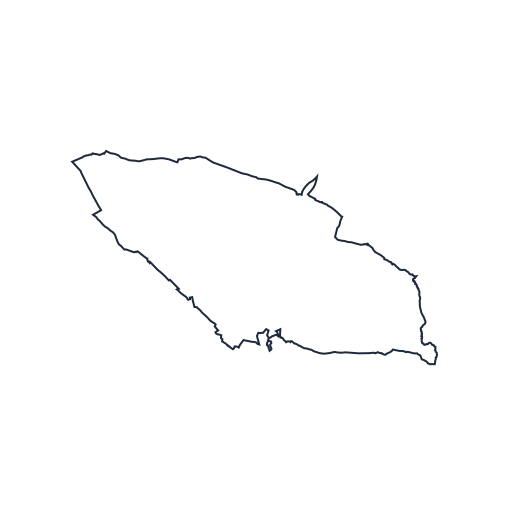 the district of "Nedre Eiker" nor, Buskerud, Norway, rotated 290°
{"feature_id": "86288312B66874291334067", "entity_name": "\"Nedre Eiker\" nor", "entity_type": "district", "adm_level": 2, "iso_a3": "NOR", "parent_name": "Norway", "parent_adm1": "Buskerud", "projection": "mercator", "projection_center": [10.023, 59.763], "detail": "fine", "context": "isolated", "style": "outline", "palette": "slate", "viewbox_px": 512, "rotation_deg": 290, "n_neighbors": 0, "source": "geoboundaries", "source_scale": "gbopen_adm2", "svg_char_len": 6100}
<svg xmlns="http://www.w3.org/2000/svg" viewBox="0 0 512 512"><g transform="rotate(290 256 256)"><path d="M281.7,51.0L276.0,62.0L274.2,63.6L262.9,75.4L260.5,78.4L257.1,81.9L249.5,90.5L246.1,94.8L239.0,88.8L237.9,92.6L236.1,95.3L235.6,97.1L234.8,98.3L233.9,100.1L233.3,101.0L232.0,104.0L231.3,107.4L230.0,110.8L229.4,113.3L229.0,114.1L227.7,116.2L224.2,119.1L221.4,121.6L220.1,123.3L219.7,123.9L219.6,125.0L217.0,130.2L217.7,131.3L217.8,140.2L218.8,141.3L218.7,142.1L219.9,143.0L219.7,143.8L217.1,151.5L216.4,154.0L216.4,154.5L216.0,154.4L215.8,154.9L215.4,155.3L213.8,156.4L214.0,157.1L213.2,158.3L214.2,158.3L214.0,158.9L209.5,168.0L208.0,172.3L205.7,177.7L203.2,182.5L204.2,183.3L198.7,194.8L198.0,194.2L198.2,193.5L197.5,193.0L197.2,194.3L196.2,196.2L195.0,199.3L193.5,204.7L192.0,206.7L191.7,207.3L192.9,208.8L194.3,208.1L195.5,210.1L191.8,212.3L187.0,215.7L187.3,216.4L187.6,218.2L187.1,218.9L185.8,222.4L184.4,224.6L182.4,229.6L181.1,232.4L180.1,234.0L179.6,235.5L179.3,235.8L178.5,240.0L178.1,241.2L177.9,241.5L175.7,241.3L173.1,245.9L170.7,244.0L169.9,244.3L169.2,246.3L169.6,248.2L169.6,250.5L166.8,251.2L166.3,252.9L164.1,253.4L164.2,254.0L163.7,255.5L163.3,257.7L162.1,260.0L162.4,260.1L161.8,262.1L161.6,262.1L160.5,266.2L161.7,266.8L163.7,266.9L163.8,267.7L164.2,268.0L164.4,269.4L164.1,271.1L166.7,271.2L172.7,273.0L173.9,281.1L174.6,283.6L174.8,285.3L174.8,285.8L173.9,287.5L174.0,289.3L181.2,284.2L184.6,284.5L184.8,285.8L185.7,287.4L186.1,288.8L190.8,290.6L190.3,293.3L185.2,293.6L183.5,295.9L183.1,296.0L179.3,296.3L177.8,296.2L176.2,296.6L175.9,297.2L176.1,297.7L171.6,301.2L173.2,302.2L174.1,302.3L176.2,300.3L177.1,299.7L178.3,299.7L179.1,300.2L180.6,299.6L180.9,298.9L180.5,297.3L180.6,296.7L181.4,296.3L182.9,296.2L183.5,296.4L184.4,297.6L185.5,298.1L188.6,301.5L188.8,302.6L188.0,305.0L188.9,304.9L189.7,303.6L191.7,301.8L192.2,300.5L195.5,303.9L189.5,305.7L188.4,307.0L187.8,307.4L187.8,308.0L188.0,308.6L187.8,309.5L186.6,310.8L186.0,312.6L185.3,313.8L186.4,314.5L186.4,315.0L186.9,315.7L187.0,316.1L187.1,317.1L186.9,317.7L187.8,317.8L188.1,318.4L188.1,319.0L187.2,321.3L186.9,322.4L187.1,322.8L187.0,324.8L186.4,326.7L186.7,327.8L186.5,328.1L185.8,332.7L186.5,335.7L186.5,338.2L186.9,340.3L186.4,342.0L186.3,343.9L186.5,348.9L187.2,352.4L187.8,354.1L190.1,358.6L192.7,362.5L193.0,364.6L194.2,369.1L196.1,373.1L199.7,385.9L203.5,395.8L205.0,398.8L205.4,400.3L205.3,401.2L205.9,401.7L206.2,402.3L207.3,403.4L207.1,405.3L207.6,407.2L207.4,407.2L207.2,410.5L207.6,411.5L208.1,411.9L208.8,412.1L211.7,415.1L213.2,416.1L214.8,416.5L215.0,417.1L215.1,418.2L215.9,423.5L216.3,424.5L216.6,425.9L217.1,426.8L217.0,429.9L217.2,430.5L217.7,430.9L217.9,431.5L218.0,433.1L218.3,434.9L218.3,436.8L219.2,439.7L219.6,440.6L219.0,442.0L218.8,444.2L218.3,444.9L216.0,446.7L215.7,447.2L215.6,447.8L215.7,449.4L215.3,450.7L215.3,451.6L214.7,453.4L213.9,454.1L213.9,455.4L214.1,456.0L213.8,456.6L213.9,457.0L214.6,458.2L215.4,461.0L219.4,460.2L220.6,460.2L222.1,459.6L222.8,460.2L224.5,460.0L226.8,459.0L227.6,457.5L228.8,456.9L229.0,456.3L230.0,456.4L232.0,455.7L231.9,454.7L232.8,454.0L232.7,453.6L232.9,453.1L232.7,452.2L233.9,450.3L234.1,449.2L233.4,448.2L232.2,447.7L232.1,447.3L231.6,447.1L231.6,446.4L230.3,445.2L230.2,444.2L231.0,443.3L230.8,443.0L230.9,442.1L232.4,441.0L234.2,440.2L234.7,440.2L235.0,439.7L235.5,440.0L236.2,440.0L237.2,439.5L237.3,439.0L237.6,439.2L237.9,438.8L239.5,438.7L239.6,438.3L239.9,438.4L241.6,437.5L242.0,436.6L242.6,436.6L244.3,435.5L245.6,435.9L246.2,436.4L246.6,436.3L248.4,436.8L249.7,437.8L252.1,437.9L256.3,434.2L256.6,433.7L259.1,430.9L264.6,427.3L270.0,425.1L272.1,424.8L273.8,424.0L274.3,423.3L276.3,422.3L278.1,422.0L279.3,420.7L280.6,420.0L280.6,419.5L281.6,418.9L281.5,418.5L282.0,418.2L282.4,417.4L283.1,417.4L283.3,417.0L283.7,416.9L284.6,415.8L284.3,415.0L285.0,414.9L286.1,414.1L286.5,413.5L286.6,413.2L286.0,412.7L286.5,412.0L287.1,412.0L287.6,411.6L288.6,411.6L289.1,412.5L289.9,413.0L291.8,413.5L291.1,412.2L291.6,409.9L292.2,409.4L291.6,408.3L291.6,407.2L291.8,406.1L292.8,404.8L293.4,402.1L293.9,401.1L293.6,399.6L292.6,397.5L292.4,396.0L292.5,395.4L293.4,393.6L294.3,391.0L295.2,389.6L295.6,387.4L294.8,387.1L295.3,385.9L296.3,385.2L296.4,384.8L296.2,383.0L296.6,382.1L297.0,380.3L296.8,377.7L298.0,377.2L299.3,373.6L299.7,371.7L300.4,366.9L301.6,364.6L303.3,362.8L305.0,357.7L304.5,357.4L304.5,357.1L305.0,356.8L305.7,356.8L305.7,356.4L305.4,356.0L305.2,356.3L304.7,356.1L304.7,355.7L304.2,353.8L303.9,353.7L303.8,353.2L302.5,351.1L302.1,348.1L301.5,340.9L300.5,337.2L300.5,335.2L300.2,333.2L299.7,331.4L299.2,327.2L300.9,323.8L310.1,322.8L312.6,323.9L317.8,323.3L322.4,323.5L322.3,322.8L325.3,316.3L325.4,315.6L325.7,315.2L326.7,312.4L327.4,309.9L327.9,306.4L328.5,305.3L328.7,299.5L329.2,299.4L328.5,297.7L328.8,296.0L328.8,292.8L329.2,292.2L329.9,292.1L330.6,287.1L330.6,285.9L331.7,283.7L336.3,285.5L339.1,286.4L341.8,286.9L343.9,287.0L348.4,286.7L351.5,286.1L349.2,285.2L346.4,283.7L342.9,280.9L338.5,278.9L334.9,277.8L332.3,277.5L329.1,277.9L329.1,276.4L329.0,275.6L328.5,274.7L328.1,274.6L328.0,274.2L328.1,273.8L327.7,273.4L327.9,273.0L329.7,272.3L331.1,269.4L331.1,267.6L331.3,266.9L331.1,265.7L331.2,263.0L331.0,260.5L332.2,252.0L331.9,250.3L331.8,244.3L331.4,239.7L329.4,231.2L330.1,229.4L329.6,225.0L329.7,220.3L328.9,214.8L329.3,197.3L329.2,184.2L329.8,180.6L331.1,174.9L330.4,172.2L330.5,170.9L330.4,169.5L329.2,167.2L328.1,165.7L327.4,165.2L325.5,161.4L325.0,160.8L325.1,160.0L324.8,158.0L324.5,157.2L323.6,155.6L321.4,153.1L320.3,150.1L317.2,150.1L317.0,147.1L317.1,141.5L316.4,136.9L315.8,134.2L314.2,130.7L312.1,126.6L309.3,120.0L308.2,118.6L306.3,115.8L305.2,114.1L304.7,112.9L304.3,110.0L303.1,106.2L302.7,104.5L302.6,101.9L302.8,100.1L302.2,95.9L302.5,94.7L303.5,92.5L303.6,88.2L303.3,86.5L302.8,84.1L303.4,79.2L301.7,78.8L300.9,78.1L300.5,78.5L300.1,78.3L299.9,77.2L297.4,74.5L297.2,71.2L296.9,70.7L296.9,69.9L296.5,68.7L296.7,68.0L296.5,67.3L295.4,67.0L294.8,66.5L294.7,65.5L293.6,64.3L292.9,63.1L292.8,62.6L292.0,61.9L291.5,60.7L289.5,59.3L281.7,51.0Z" fill="none" stroke="#1e293b" stroke-width="2"/></g></svg>